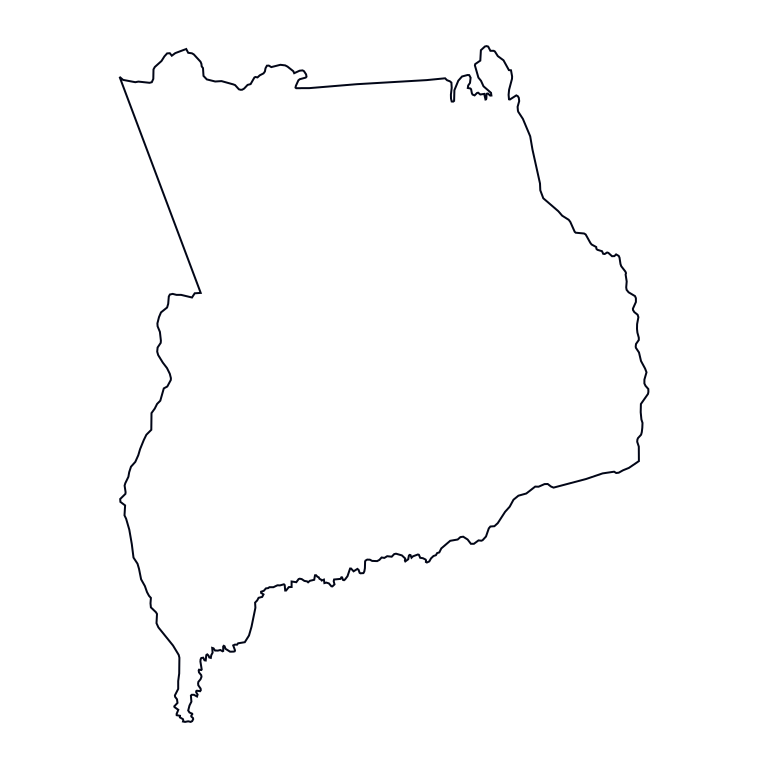 outline of Loc Ninh, Bình Phước, Vietnam
{"feature_id": "81297802B87348344277653", "entity_name": "Loc Ninh", "entity_type": "district", "adm_level": 2, "iso_a3": "VNM", "parent_name": "Vietnam", "parent_adm1": "Bình Phước", "projection": "equal_earth", "projection_center": [106.558, 11.824], "detail": "fine", "context": "isolated", "style": "outline", "palette": "ink", "viewbox_px": 768, "rotation_deg": 0, "n_neighbors": 0, "source": "geoboundaries", "source_scale": "gbopen_adm2", "svg_char_len": 5992}
<svg xmlns="http://www.w3.org/2000/svg" viewBox="0 0 768 768"><path d="M425.9,562.0L426.9,562.5L429.3,561.4L431.0,558.4L433.5,556.0L435.9,555.2L437.1,553.1L439.3,552.4L441.3,548.4L450.2,540.8L457.7,539.5L460.4,537.1L463.2,536.7L467.6,539.5L470.9,543.8L473.9,543.8L478.5,540.4L481.4,540.7L482.6,540.2L486.0,536.5L488.8,528.4L490.4,526.5L494.4,526.2L497.8,523.1L505.1,511.8L509.7,506.7L513.5,499.7L518.4,495.7L526.3,493.5L535.2,486.6L538.6,486.7L544.5,484.1L547.7,484.0L551.1,486.6L553.6,487.6L586.1,479.0L602.6,473.4L614.1,471.7L616.2,473.0L618.7,472.7L623.0,470.3L628.9,467.9L638.9,461.1L638.8,446.6L637.2,441.8L637.4,439.6L638.0,438.1L641.1,434.7L641.8,432.1L642.3,427.8L642.5,422.9L641.4,419.4L640.7,412.2L640.9,404.0L648.0,393.9L648.4,391.9L648.3,389.0L645.5,385.8L644.4,383.5L644.4,379.6L646.5,372.3L645.1,368.6L641.0,361.0L639.0,352.5L635.9,347.8L635.7,346.6L636.0,344.0L638.8,340.0L638.8,337.7L637.4,332.6L637.0,328.9L637.1,324.1L638.4,317.2L637.6,314.7L634.3,312.1L633.0,310.0L632.9,308.7L635.9,302.0L635.9,298.2L635.0,296.1L628.6,292.3L626.6,289.8L626.2,287.4L626.7,281.5L625.6,274.5L626.0,273.1L625.4,271.6L621.3,266.3L620.5,264.1L619.5,257.6L618.7,255.9L616.1,254.4L614.4,256.1L612.0,256.2L608.4,252.9L607.1,252.5L604.7,254.0L603.2,253.8L602.0,251.2L597.4,249.8L596.4,248.8L596.2,247.0L591.6,244.5L590.3,242.8L585.7,234.5L584.1,233.5L575.7,232.7L574.7,231.8L570.3,221.9L568.7,219.8L562.2,215.7L558.3,211.2L543.3,198.3L540.3,190.3L540.0,183.5L532.5,149.7L530.2,136.3L522.9,118.9L518.2,111.7L517.9,110.4L517.6,106.8L519.2,101.1L518.8,97.8L517.8,96.2L516.3,95.4L509.9,99.5L509.0,99.3L508.6,94.8L509.1,89.7L512.0,78.8L512.1,76.4L511.0,70.3L508.9,70.1L503.5,60.3L497.8,56.1L494.9,51.5L493.7,50.8L490.4,50.8L488.2,46.6L486.6,46.1L484.9,46.5L480.9,50.2L480.3,60.6L475.2,64.1L474.9,65.4L478.4,77.6L481.0,80.8L483.5,86.3L491.0,92.8L491.4,95.5L490.2,95.6L487.9,93.5L486.5,93.8L486.4,98.1L486.1,99.3L485.5,99.5L484.2,93.9L480.3,94.5L478.1,92.7L477.0,93.0L474.6,95.4L472.6,94.6L471.9,93.3L471.1,89.3L470.4,88.5L467.8,88.0L468.2,85.5L470.0,82.9L470.6,77.7L469.2,75.1L467.6,75.0L462.0,76.5L458.3,80.7L454.4,90.2L454.1,100.9L453.2,101.6L451.7,101.5L451.0,98.6L450.9,94.7L451.7,87.7L451.4,82.6L449.9,81.3L447.0,80.2L445.1,78.3L426.7,80.1L356.7,84.2L309.6,88.1L296.2,88.2L295.5,87.6L295.9,85.8L298.4,80.3L299.8,79.2L305.7,77.6L306.5,76.7L306.1,74.4L304.0,71.2L302.6,70.4L299.6,70.7L294.2,73.2L293.3,71.2L287.5,66.6L285.2,65.4L280.4,64.8L271.3,67.1L268.8,65.6L266.9,65.7L265.5,68.3L264.9,71.5L263.5,73.4L259.8,75.3L257.5,77.4L255.4,77.0L254.4,77.5L250.6,84.1L247.6,84.9L244.1,88.6L242.2,89.7L240.7,89.8L238.9,89.3L235.1,85.1L233.3,84.4L221.5,81.1L215.2,81.5L206.8,79.4L203.5,75.9L203.0,68.1L201.7,66.4L201.4,63.8L200.5,61.7L193.8,54.4L191.9,53.3L188.2,52.8L186.2,49.0L175.3,53.1L171.8,55.7L169.8,53.2L167.1,53.4L164.4,56.4L161.5,61.0L154.8,67.0L153.5,69.4L153.3,78.9L151.8,82.2L149.6,82.8L138.4,81.6L135.3,82.2L123.1,79.9L119.6,76.9L200.7,292.9L194.7,293.3L192.0,297.5L181.2,294.9L176.6,294.9L172.7,293.9L169.9,294.5L168.8,296.5L168.2,303.8L167.1,307.5L161.0,312.4L159.0,317.1L157.4,323.4L157.6,326.3L159.9,331.9L160.9,340.7L160.7,342.9L157.6,347.5L157.2,351.7L158.2,355.1L162.8,362.6L167.0,368.1L169.8,373.8L170.9,378.1L170.8,380.0L167.3,386.5L163.8,388.4L160.3,400.7L157.1,403.9L154.8,408.5L151.5,413.1L151.3,429.8L146.4,434.7L143.8,440.0L140.1,449.1L138.3,455.2L135.3,461.9L131.0,466.7L129.2,472.2L128.4,476.8L125.3,483.2L124.6,485.6L125.6,492.2L125.4,493.9L120.2,499.0L120.4,501.9L125.1,505.4L124.5,515.4L126.1,518.7L129.3,529.7L131.8,544.1L133.5,557.6L137.5,563.7L139.0,568.8L141.1,579.3L144.9,586.1L147.0,592.1L149.0,595.8L150.9,597.9L150.5,603.3L150.9,607.4L156.0,612.3L157.0,614.0L156.5,623.2L158.4,627.4L173.0,645.5L178.7,654.9L179.4,657.7L179.2,673.5L178.2,681.1L178.2,688.9L174.9,695.4L175.1,696.8L177.0,699.3L177.5,702.9L174.3,706.3L174.5,707.1L178.3,709.8L176.6,714.0L176.7,715.2L180.0,715.8L179.9,717.4L182.9,719.1L183.3,720.5L183.0,721.5L185.1,721.9L188.2,721.3L190.7,721.9L192.2,721.1L193.2,719.1L193.0,718.1L191.3,716.5L191.3,715.6L192.3,714.2L192.2,713.7L189.5,712.5L188.2,710.5L189.5,705.5L191.4,701.7L190.9,695.6L191.7,694.8L193.9,694.8L197.0,696.5L197.6,694.6L196.2,692.3L196.2,691.2L196.9,690.7L200.1,691.2L200.8,690.2L200.6,688.6L198.3,685.3L198.1,683.4L198.4,681.8L200.5,679.3L201.5,676.8L201.2,675.1L199.0,672.4L198.7,670.5L199.0,669.7L201.3,670.0L201.7,669.5L200.4,661.5L200.6,659.4L201.3,658.0L203.2,657.7L204.5,660.3L205.7,660.5L206.2,655.8L206.5,654.8L207.3,654.4L208.5,655.6L209.3,657.5L210.8,657.9L211.3,655.1L212.6,652.7L212.2,647.9L213.5,648.3L215.0,650.5L217.9,650.6L220.3,650.0L222.6,651.3L223.2,651.0L223.2,646.5L223.8,645.8L224.6,646.3L225.5,648.8L230.1,651.7L233.7,651.6L234.7,651.3L235.0,650.3L233.2,645.4L234.9,644.6L237.0,644.7L238.1,643.3L244.8,642.2L249.0,635.5L251.5,626.8L255.4,607.8L255.1,602.6L257.2,600.4L258.6,597.8L262.2,596.9L263.5,594.4L261.1,592.9L261.1,591.7L263.8,590.8L265.9,588.4L268.2,588.1L269.4,587.2L273.4,587.2L277.4,585.3L280.0,585.4L283.9,584.3L284.7,585.1L285.2,590.5L286.1,590.5L288.8,587.1L291.6,587.0L291.6,581.5L296.3,582.2L298.6,579.1L299.7,578.7L301.7,579.1L304.4,580.9L307.1,581.4L308.1,582.3L309.9,580.8L314.2,579.8L315.0,575.3L316.0,575.2L317.5,576.8L318.7,577.3L319.5,578.8L321.2,579.7L321.7,580.5L323.9,579.6L324.4,583.1L326.3,582.6L328.9,583.4L331.4,586.3L332.4,586.4L334.5,584.4L333.7,581.2L334.1,579.5L340.5,578.9L341.4,577.3L342.1,577.4L343.0,579.9L344.0,580.2L345.1,579.4L347.5,576.2L350.1,568.5L351.0,568.5L353.6,571.3L357.4,568.9L358.6,569.9L359.6,572.8L360.4,573.3L363.4,573.1L364.3,571.5L364.9,568.2L365.1,561.5L365.5,560.6L367.2,559.6L369.9,559.7L372.1,560.9L377.1,561.1L379.4,559.9L381.6,557.5L384.4,557.9L387.2,556.2L391.7,556.7L394.2,554.1L396.0,553.7L401.9,555.4L405.2,558.5L404.9,560.7L405.3,561.4L408.2,559.3L408.9,555.6L409.6,554.9L410.5,555.1L411.5,557.7L413.0,556.3L417.9,554.5L418.9,554.8L420.2,557.8L422.9,558.2L425.5,559.5L426.0,560.2L425.9,562.0Z" fill="none" stroke="#020617" stroke-width="2"/></svg>